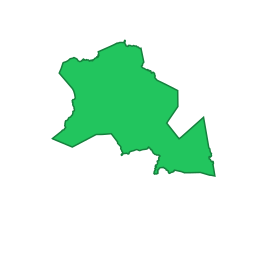 the district of La Iguala, Lempira, Honduras, rotated 142°
{"feature_id": "27666195B64546459971627", "entity_name": "La Iguala", "entity_type": "district", "adm_level": 2, "iso_a3": "HND", "parent_name": "Honduras", "parent_adm1": "Lempira", "projection": "albers", "projection_center": [-88.46, 14.683], "detail": "fine", "context": "isolated", "style": "filled", "palette": "green", "viewbox_px": 256, "rotation_deg": 142, "n_neighbors": 0, "source": "geoboundaries", "source_scale": "gbopen_adm2", "svg_char_len": 5675}
<svg xmlns="http://www.w3.org/2000/svg" viewBox="0 0 256 256"><g transform="rotate(142 128 128)"><path d="M183.6,147.3L157.1,142.5L152.1,138.7L144.7,133.8L144.8,123.4L145.4,122.7L145.6,122.1L145.2,118.6L145.3,117.4L145.4,117.1L145.8,116.9L146.5,116.2L146.6,115.8L146.6,114.8L147.1,113.7L147.1,112.5L147.5,111.8L147.7,111.6L147.9,111.4L149.3,111.3L149.6,111.2L149.8,110.9L149.9,110.6L149.9,110.4L149.6,110.3L148.9,110.3L148.5,110.4L147.9,110.8L147.6,110.8L145.8,109.6L144.8,109.1L144.6,108.9L144.1,107.7L143.9,107.5L143.7,107.3L143.1,107.2L142.7,107.4L142.0,108.0L141.5,108.1L140.5,107.9L139.3,107.5L137.3,106.6L135.0,106.0L134.3,105.5L133.9,105.0L133.2,103.7L132.8,103.1L132.2,102.8L130.8,102.4L129.5,101.8L127.7,100.7L126.6,100.1L126.2,99.9L125.3,99.7L124.6,99.8L124.3,100.2L123.7,100.3L123.4,100.2L123.5,99.4L123.1,98.5L123.4,97.2L123.4,96.9L123.3,96.7L122.8,96.6L122.8,96.4L122.9,95.4L123.2,94.5L123.3,93.5L123.5,92.7L123.3,92.1L123.1,90.9L123.0,90.6L122.2,89.8L122.1,89.2L121.9,88.8L121.7,88.7L121.1,88.4L120.4,87.8L120.3,87.4L120.4,87.2L120.1,86.6L120.0,86.3L120.0,86.2L121.8,85.9L121.9,85.6L122.0,85.3L122.2,85.2L122.6,85.0L122.9,84.8L123.1,84.5L123.3,83.9L123.7,83.5L123.9,83.5L124.2,83.5L125.0,83.9L125.3,83.9L125.5,83.8L125.6,83.5L126.2,82.1L126.4,81.9L127.0,81.7L127.3,81.4L127.5,81.3L127.8,81.3L128.9,81.7L129.1,81.7L129.4,81.6L129.5,81.3L129.5,80.1L129.6,79.8L129.8,79.7L130.1,79.8L130.5,80.3L130.8,79.6L131.1,79.5L131.6,79.5L131.9,79.4L132.0,79.1L131.8,78.3L132.8,78.1L133.8,77.7L134.1,77.5L134.9,76.8L135.3,75.7L135.5,75.8L135.5,75.7L135.5,75.4L135.2,75.3L134.8,75.1L133.9,74.3L132.6,73.9L132.3,73.9L132.1,74.1L132.0,74.5L131.9,74.8L131.4,75.0L130.9,76.0L130.6,76.3L130.2,76.6L129.5,76.3L129.0,76.7L128.6,76.8L127.8,77.1L126.4,76.5L125.3,75.6L124.5,75.4L124.3,75.0L124.2,74.2L124.1,73.9L123.8,73.7L123.4,72.2L123.4,71.9L123.6,71.8L123.7,71.6L123.7,71.2L123.1,70.6L123.0,69.8L122.8,69.2L123.3,68.4L123.5,67.9L123.5,67.3L123.4,66.9L123.1,66.7L122.8,66.6L121.0,66.4L120.4,66.0L118.8,65.5L118.4,65.6L118.2,65.9L117.8,66.2L117.3,66.2L114.2,62.5L112.7,60.7L111.1,58.0L106.0,54.1L98.3,48.4L92.8,40.7L91.5,39.5L89.1,36.7L83.7,46.6L83.8,46.8L83.8,47.0L83.6,47.1L83.1,47.1L82.7,47.3L82.1,48.1L81.7,48.9L81.6,49.3L81.7,49.5L82.4,49.3L82.6,49.4L82.6,49.5L82.7,50.2L82.9,50.5L82.9,50.8L82.8,51.3L82.6,52.0L82.6,52.6L82.6,52.9L82.7,53.2L83.0,53.6L82.9,53.8L82.1,55.2L81.5,55.4L81.3,55.3L81.3,54.9L81.0,54.4L80.5,54.5L79.8,54.5L79.5,54.6L79.1,55.0L78.9,55.5L78.5,56.2L78.0,56.5L78.1,57.4L77.8,58.7L77.6,59.1L76.4,61.2L76.4,62.0L76.6,62.3L76.6,62.5L61.9,89.9L91.5,88.0L94.4,88.1L94.5,108.0L91.5,109.1L75.5,114.2L65.8,126.9L71.1,138.3L75.6,147.5L75.8,148.7L75.8,150.7L75.9,151.2L75.4,151.8L74.7,152.1L74.5,152.4L74.2,153.7L73.9,154.0L73.7,154.2L73.6,155.4L73.6,155.8L73.8,156.3L74.0,156.6L75.3,156.6L75.5,156.7L75.6,156.9L75.7,157.3L75.3,157.9L75.1,158.4L75.0,158.8L75.0,159.2L75.3,159.4L76.0,159.6L76.0,159.9L76.0,160.6L76.6,160.7L76.8,160.8L76.8,161.1L76.5,161.5L76.5,161.8L76.8,162.1L77.5,162.4L77.8,162.8L78.0,163.4L78.4,164.4L78.5,164.9L79.2,165.7L79.3,166.6L79.5,167.5L79.5,168.1L79.3,168.4L79.2,168.5L78.9,168.6L78.5,168.5L77.9,168.6L77.7,168.7L77.2,169.4L76.8,169.7L76.6,169.8L75.5,169.9L75.0,170.2L68.7,182.9L69.4,183.2L69.7,183.5L69.9,184.1L70.1,185.5L70.8,186.2L70.9,186.5L71.0,186.8L70.9,187.2L71.0,187.5L71.9,188.1L72.2,188.3L72.4,188.7L72.8,189.5L73.1,189.6L74.1,189.8L74.3,189.9L74.8,190.4L75.3,191.5L76.3,192.5L76.6,192.7L76.9,192.8L77.0,192.7L77.4,192.3L77.6,192.3L77.8,192.3L78.1,192.5L78.8,193.6L78.9,194.0L79.0,194.3L78.9,194.6L78.6,195.0L78.4,195.4L78.5,196.5L78.4,196.7L78.0,197.2L76.6,198.3L76.4,198.7L76.5,199.0L76.8,199.0L78.2,198.2L78.6,198.0L78.9,198.0L79.1,198.1L79.5,198.5L80.3,199.3L81.8,200.4L82.5,200.7L83.7,200.9L83.9,201.0L84.2,201.6L87.6,202.2L91.5,203.1L104.5,206.4L105.2,204.9L105.5,204.5L105.7,204.3L106.4,204.1L106.6,203.9L106.5,203.7L106.8,203.7L107.1,203.5L107.0,203.3L106.7,203.0L106.9,202.9L107.3,202.8L107.4,202.5L107.6,202.4L107.8,202.4L108.2,203.0L108.5,203.2L108.7,202.6L108.8,202.5L109.2,202.8L109.5,202.9L110.0,203.0L110.8,203.1L111.5,203.3L112.2,203.0L113.0,203.0L113.3,202.9L113.5,203.0L113.6,203.3L114.0,203.4L114.4,203.4L114.6,203.1L115.2,204.1L115.7,203.8L116.2,204.4L116.7,204.4L117.3,204.6L117.3,204.8L117.2,205.1L117.2,205.5L117.3,205.9L117.5,206.2L118.2,206.7L118.6,207.4L119.4,207.3L119.6,207.7L120.0,208.1L120.3,208.3L120.7,208.5L121.0,208.7L121.0,208.8L120.8,208.9L120.6,209.0L120.4,209.0L120.7,209.8L121.8,209.7L122.3,209.6L122.6,209.6L122.8,209.6L122.9,209.4L123.2,209.3L124.8,209.9L125.2,210.1L125.6,211.0L126.0,211.9L125.9,212.5L125.7,213.3L125.7,213.5L126.0,213.8L126.1,214.5L126.3,215.1L126.6,215.5L127.1,216.6L127.3,216.8L127.6,216.9L128.1,216.9L128.7,217.1L130.6,218.0L130.9,218.2L131.9,218.1L132.4,218.1L133.1,218.0L134.5,218.1L136.9,218.6L137.4,218.9L137.7,219.1L139.1,219.3L144.0,216.0L145.3,215.3L146.4,214.7L148.4,213.6L147.5,193.1L148.0,190.5L149.2,187.5L151.0,184.2L151.4,184.0L152.5,183.6L152.9,183.7L153.4,183.9L154.0,184.3L155.3,183.8L155.5,182.8L155.8,182.7L156.0,182.5L156.0,182.4L155.8,182.2L155.9,181.8L156.9,180.7L157.3,180.0L157.5,179.3L157.6,178.0L157.7,177.6L158.4,176.8L158.5,176.1L159.5,174.8L159.7,174.7L160.1,174.7L161.2,175.0L161.8,174.1L163.5,172.7L165.3,172.4L166.5,172.0L166.9,172.1L167.8,172.5L168.2,172.5L168.8,172.4L169.8,171.8L170.4,171.6L171.6,171.6L172.6,172.0L172.8,172.0L173.2,171.8L173.9,171.1L174.6,170.6L175.0,170.2L175.3,169.6L176.2,169.1L176.5,168.5L176.6,167.2L176.7,166.9L177.0,166.7L178.4,166.6L179.3,166.0L180.1,166.2L180.8,166.6L181.1,166.6L181.6,166.6L181.9,166.3L194.1,166.2L194.0,165.8L183.6,147.3Z" fill="#22c55e" stroke="#15803d" stroke-width="1.5"/></g></svg>